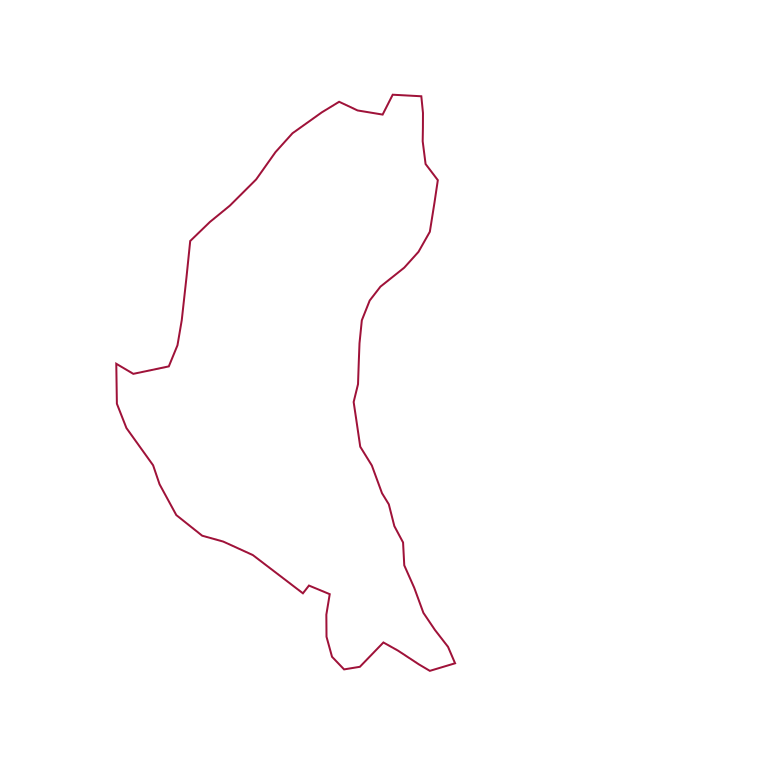 the district of Gaidouras, Cyprus, rotated 42°
{"feature_id": "46923920B93612483186560", "entity_name": "Gaidouras", "entity_type": "district", "adm_level": 2, "iso_a3": "CYP", "parent_name": "Cyprus", "parent_adm1": "", "projection": "orthographic", "projection_center": [33.809, 35.155], "detail": "fine", "context": "isolated", "style": "outline", "palette": "rose", "viewbox_px": 768, "rotation_deg": 42, "n_neighbors": 0, "source": "geoboundaries", "source_scale": "gbopen_adm2", "svg_char_len": 981}
<svg xmlns="http://www.w3.org/2000/svg" viewBox="0 0 768 768"><g transform="rotate(42 384 384)"><path d="M287.6,196.5L267.7,192.7L250.3,177.7L241.6,167.7L231.6,156.5L219.2,145.2L196.9,163.2L202.7,184.7L181.3,198.4L161.8,204.3L156.0,223.8L148.2,258.9L148.2,284.3L152.1,317.5L150.1,354.6L146.2,380.0L144.3,407.4L165.7,436.7L191.0,471.9L204.6,493.4L212.3,514.9L190.9,544.2L171.5,548.1L198.7,577.4L222.1,589.1L266.8,598.9L284.3,608.7L317.4,620.4L350.4,618.4L369.9,608.7L401.0,598.9L463.8,593.8L463.1,584.0L484.3,576.5L495.5,594.0L510.4,610.3L527.9,621.5L545.3,622.8L555.3,610.3L556.5,576.5L572.7,572.8L597.6,569.0L610.0,566.5L623.7,544.0L607.5,536.5L586.4,532.7L566.4,527.7L542.8,515.2L520.4,505.2L504.2,489.0L486.8,482.7L468.1,470.2L455.6,466.5L429.5,452.7L408.3,446.5L387.2,429.0L373.5,417.7L364.8,401.5L351.1,385.2L338.6,370.2L324.9,351.5L317.5,331.5L316.2,314.0L321.2,284.0L321.2,262.7L316.2,240.2L300.0,215.2L287.6,196.5Z" fill="none" stroke="#9f1239" stroke-width="2"/></g></svg>